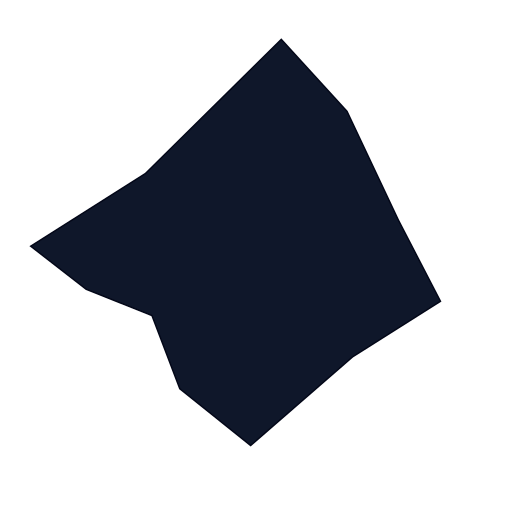 SVG path tracing the border of Praslin, rotated 229°
{"feature_id": "LCA-5084", "entity_name": "Praslin", "entity_type": "Quarter", "adm_level": 1, "iso_a3": "LCA", "parent_name": "Saint Lucia", "parent_adm1": "", "projection": "mercator", "projection_center": [-60.926, 13.871], "detail": "fine", "context": "isolated", "style": "filled", "palette": "ink", "viewbox_px": 512, "rotation_deg": 229, "n_neighbors": 0, "source": "natural_earth", "source_scale": "10m", "svg_char_len": 325}
<svg xmlns="http://www.w3.org/2000/svg" viewBox="0 0 512 512"><g transform="rotate(229 256 256)"><path d="M411.2,92.4L390.8,226.7L402.9,417.2L305.5,419.6L190.0,387.1L100.8,365.5L116.5,262.8L116.5,219.5L116.5,127.6L205.8,111.4L279.3,138.4L342.3,106.0L411.2,92.4Z" fill="#0f172a" stroke="#020617" stroke-width="1.5"/></g></svg>